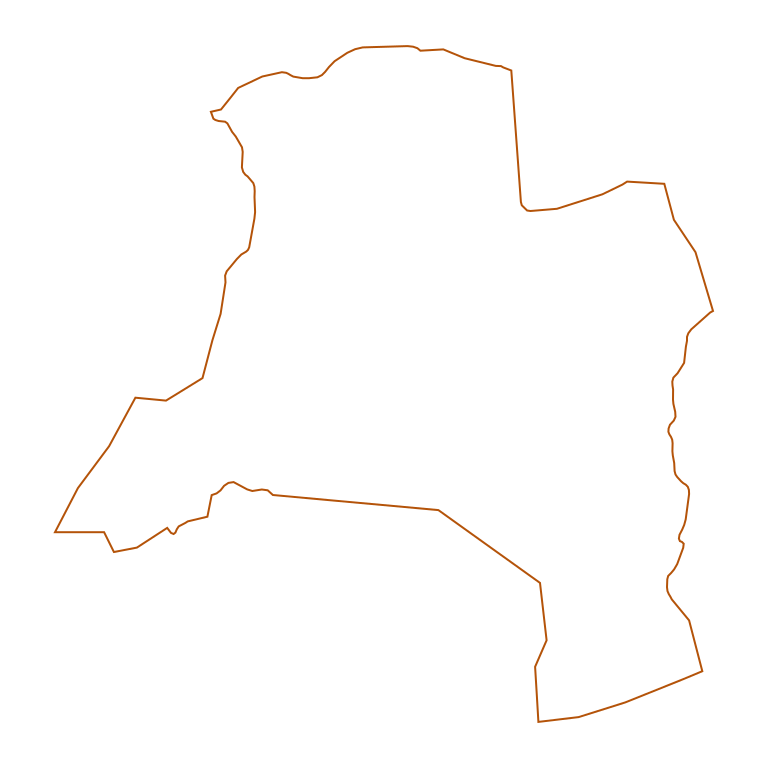 SVG path tracing the border of Télimélé
{"feature_id": "GIN-5660", "entity_name": "Télimélé", "entity_type": "Prefecture", "adm_level": 1, "iso_a3": "GIN", "parent_name": "Guinea", "parent_adm1": "", "projection": "equal_earth", "projection_center": [-13.393, 10.882], "detail": "fine", "context": "isolated", "style": "outline", "palette": "amber", "viewbox_px": 768, "rotation_deg": 0, "n_neighbors": 0, "source": "natural_earth", "source_scale": "10m", "svg_char_len": 2113}
<svg xmlns="http://www.w3.org/2000/svg" viewBox="0 0 768 768"><path d="M664.3,183.8L673.9,219.8L695.5,252.2L713.0,311.0L710.2,312.5L691.3,329.3L688.3,333.3L687.0,336.9L687.0,340.8L685.9,346.7L684.1,362.9L677.6,373.2L673.4,377.6L672.3,381.6L672.5,385.4L673.1,389.5L673.0,399.6L673.4,403.9L675.2,411.8L675.5,416.8L673.8,420.6L670.0,424.7L668.6,428.5L668.4,431.8L669.4,434.4L671.0,436.9L672.2,439.7L672.6,443.2L672.4,451.2L672.8,455.4L674.2,463.0L674.6,471.1L675.5,474.5L677.2,477.0L681.1,481.3L683.3,483.2L685.8,484.7L687.8,486.8L688.9,489.9L689.1,494.0L685.7,519.4L684.2,524.9L682.2,529.6L679.5,534.8L678.9,538.6L679.9,541.1L681.9,541.9L683.7,543.7L683.2,547.8L677.2,564.1L674.1,569.4L671.1,573.0L668.2,575.9L667.3,579.2L667.0,587.2L667.5,591.1L668.8,594.1L670.4,596.7L671.8,599.4L689.1,620.4L702.3,671.2L682.9,679.3L625.3,702.4L578.6,717.1L538.4,721.9L536.7,693.2L535.1,666.8L546.6,640.3L540.0,582.9L438.4,510.1L330.8,500.3L272.9,495.0L267.7,490.3L261.8,489.5L252.3,491.0L247.2,489.4L233.6,482.1L228.4,482.9L224.1,485.8L220.5,490.4L216.6,493.4L211.7,495.1L207.4,516.7L187.7,521.4L185.4,522.9L178.7,526.4L176.8,529.3L175.4,532.6L173.6,534.0L171.0,532.9L167.2,527.9L136.9,547.6L113.9,552.0L104.1,532.2L55.0,532.2L77.9,488.1L109.1,446.2L135.4,397.7L166.0,400.6L202.5,378.1L212.4,340.3L220.6,313.9L225.5,282.4L225.1,275.6L226.7,271.3L236.9,259.0L241.3,254.5L246.2,251.6L248.0,249.9L249.2,247.3L254.4,218.7L255.1,212.1L254.5,197.1L254.7,191.1L254.4,186.6L253.3,183.1L247.6,176.4L245.3,174.7L243.2,171.9L241.9,167.4L242.7,151.9L242.0,147.3L235.8,136.6L232.1,131.9L227.4,123.4L225.1,121.7L218.6,121.0L215.4,120.0L213.4,118.7L210.9,111.8L221.0,109.5L230.4,97.8L238.2,87.9L262.3,76.5L281.9,72.2L286.2,72.8L288.3,73.8L290.6,75.2L293.3,76.6L302.7,78.2L309.0,78.2L317.4,77.3L321.9,75.1L325.1,71.9L329.0,67.0L334.6,61.2L347.3,52.8L355.1,49.2L362.7,47.4L407.6,46.1L413.1,46.7L417.4,48.2L420.4,50.7L443.3,49.4L464.6,58.2L495.8,65.9L501.0,66.1L503.2,67.4L511.3,70.5L520.9,202.0L521.8,205.3L527.1,210.5L530.5,211.0L556.9,208.8L602.4,194.3L622.4,184.6L627.1,181.6L664.3,183.8Z" fill="none" stroke="#b45309" stroke-width="2"/></svg>